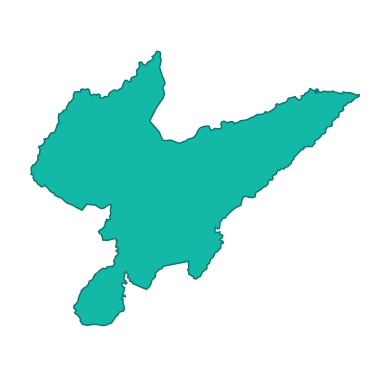 the district of São Sepé, Rio Grande do Sul, Brazil, rotated 3°
{"feature_id": "56859067B43674987148244", "entity_name": "São Sepé", "entity_type": "district", "adm_level": 2, "iso_a3": "BRA", "parent_name": "Brazil", "parent_adm1": "Rio Grande do Sul", "projection": "orthographic", "projection_center": [-53.605, -30.207], "detail": "fine", "context": "isolated", "style": "filled", "palette": "teal", "viewbox_px": 384, "rotation_deg": 3, "n_neighbors": 0, "source": "geoboundaries", "source_scale": "gbopen_adm2", "svg_char_len": 5930}
<svg xmlns="http://www.w3.org/2000/svg" viewBox="0 0 384 384"><g transform="rotate(3 192 192)"><path d="M286.7,161.4L287.8,159.7L289.2,158.8L290.2,155.8L292.0,153.5L292.2,152.1L298.7,144.5L301.5,143.0L301.6,141.4L304.6,140.6L309.6,140.3L310.6,138.6L311.8,137.6L312.2,136.4L311.9,134.5L315.9,131.8L318.0,129.2L318.6,127.6L321.1,126.8L322.3,125.1L322.3,123.0L323.8,120.0L328.2,118.8L328.5,117.1L327.9,115.5L329.1,113.3L330.9,112.1L331.6,110.4L332.9,110.2L334.4,109.3L334.9,104.6L338.0,103.3L339.2,101.7L338.1,100.4L338.9,98.3L340.6,97.7L342.9,94.9L346.0,93.9L350.7,89.2L352.4,88.8L353.9,87.6L353.9,86.0L350.8,86.7L349.4,85.9L345.5,84.7L341.7,84.5L340.0,84.9L338.5,84.2L337.3,84.4L336.7,86.3L334.4,85.5L333.1,85.7L330.6,84.8L329.3,84.9L328.3,84.2L326.9,83.9L324.6,85.0L323.0,84.5L320.3,84.8L318.8,84.4L317.3,84.7L316.3,86.0L312.8,85.0L312.8,83.5L311.9,82.7L310.4,83.0L309.8,84.5L307.2,84.2L306.1,83.2L304.5,82.5L303.1,85.4L301.6,86.8L300.3,87.2L299.2,88.5L298.9,89.8L296.1,90.4L296.5,91.8L296.1,93.7L293.9,94.5L292.9,94.1L289.8,91.3L287.2,92.4L283.1,93.5L282.8,95.1L281.8,96.6L280.1,97.9L278.1,98.4L274.8,100.1L272.0,99.5L271.1,100.8L271.3,102.4L270.2,104.2L265.5,107.7L262.8,108.7L261.1,107.9L259.9,109.7L258.5,110.6L255.7,111.1L253.1,111.1L248.8,114.2L246.8,114.7L244.9,116.1L241.8,117.4L236.6,118.3L234.7,120.1L233.4,120.1L230.6,121.6L230.0,120.3L229.0,119.7L226.3,119.8L224.0,121.2L220.7,119.7L218.8,120.0L217.7,120.9L217.3,123.0L218.2,124.9L217.7,126.8L216.4,127.4L211.1,127.4L210.0,128.7L208.1,129.4L206.8,128.2L205.7,125.4L202.1,125.5L198.4,126.8L197.1,127.4L196.0,128.5L194.2,131.2L193.6,133.8L191.4,136.8L189.0,138.4L185.2,139.5L183.0,141.7L181.6,141.7L178.1,143.6L175.8,143.9L168.5,141.3L161.8,142.1L159.9,141.6L156.0,133.7L146.0,123.4L152.3,109.1L158.0,100.2L159.1,96.6L159.3,94.9L158.5,93.1L158.4,91.5L157.4,90.4L157.5,88.9L159.4,84.8L157.1,79.1L156.2,78.0L155.2,74.3L154.4,73.0L153.1,69.4L154.2,63.2L154.1,61.1L153.1,59.2L153.4,55.9L152.9,54.1L150.3,53.3L149.2,53.6L148.4,55.0L148.2,56.6L145.1,58.9L146.4,60.3L145.7,61.6L143.4,63.4L142.1,63.8L140.1,66.0L139.4,67.5L138.0,67.9L136.6,67.3L135.5,65.6L134.0,64.8L132.2,65.8L133.2,69.8L130.2,73.4L130.8,75.2L130.7,78.3L129.7,79.4L125.8,80.8L124.9,82.6L125.0,84.8L123.9,85.5L121.0,83.9L119.3,84.1L117.7,87.6L116.8,91.3L112.6,94.5L110.7,94.6L109.2,94.1L108.1,94.5L107.3,95.5L106.2,95.7L103.9,98.1L103.3,100.6L102.5,101.5L100.9,101.1L99.4,101.5L98.7,102.6L97.1,102.9L95.4,102.6L95.0,99.7L93.7,99.2L92.2,99.3L91.8,100.5L89.2,99.5L87.6,99.9L86.5,101.0L85.1,100.0L84.2,95.8L83.4,94.8L82.1,94.6L79.7,95.4L76.9,94.9L75.5,95.7L76.0,97.5L69.6,98.2L68.5,101.0L68.7,104.7L67.0,106.8L66.6,108.2L64.8,108.7L62.3,114.2L62.3,115.9L60.3,117.2L59.1,117.3L58.5,119.0L57.6,120.1L55.0,121.1L54.7,125.2L55.6,130.9L54.2,131.1L52.1,138.8L50.5,140.1L48.3,140.4L46.1,143.6L45.8,145.4L43.3,146.6L41.7,146.6L41.6,148.0L42.4,149.7L41.5,151.1L40.2,153.0L37.7,154.0L36.4,155.1L38.4,157.9L37.6,159.7L38.0,162.3L36.6,163.0L36.1,164.5L36.6,165.9L35.9,169.0L33.0,173.4L31.7,173.3L30.1,176.3L30.8,181.3L30.3,182.9L32.7,183.2L32.9,184.6L32.6,186.3L34.0,188.8L36.2,189.9L37.7,192.2L39.5,193.2L40.4,194.3L41.5,194.7L43.5,194.1L44.9,192.9L48.5,196.4L49.6,198.0L52.9,200.2L54.4,200.4L55.0,202.3L59.1,204.1L61.7,204.7L67.3,209.3L75.2,212.0L76.4,213.0L83.2,215.9L87.7,209.5L92.6,210.1L95.9,210.0L102.0,213.3L104.3,212.9L105.9,212.1L109.5,209.0L112.0,208.8L111.5,213.2L112.0,218.9L111.0,220.2L111.9,223.4L110.9,224.1L109.2,223.7L107.9,224.0L108.5,225.5L107.2,226.2L106.9,229.5L105.4,232.6L101.3,235.5L100.8,236.8L102.0,238.2L103.2,238.8L104.3,240.4L105.6,244.7L110.6,244.6L117.3,242.5L118.9,243.0L118.9,244.4L120.0,244.9L119.1,246.6L119.3,249.0L118.5,250.3L119.3,251.3L121.2,252.0L121.4,253.5L119.4,254.3L119.7,255.6L121.0,255.8L121.9,256.6L121.2,258.3L118.8,260.6L119.0,262.1L117.7,263.9L117.4,265.7L118.6,267.1L116.7,270.6L114.9,270.4L113.7,271.1L112.4,270.8L110.8,271.6L110.0,273.3L106.8,272.8L105.6,274.1L104.2,274.9L101.3,278.1L99.7,279.0L97.8,282.9L97.4,284.8L94.6,286.0L93.9,287.0L93.2,290.0L91.1,292.3L88.3,294.1L88.1,295.3L86.5,296.2L86.7,297.5L85.2,300.6L84.1,304.8L84.0,306.5L82.0,310.0L80.5,311.0L79.9,312.6L80.1,314.1L82.9,316.5L81.2,318.3L81.7,319.6L83.8,320.6L86.5,323.4L87.2,324.9L87.1,326.6L88.8,329.0L90.0,329.9L94.6,330.7L98.6,329.6L102.9,329.2L110.5,330.0L113.2,329.5L115.4,328.1L118.5,327.0L122.2,320.9L124.8,318.1L125.2,316.0L130.0,314.3L130.5,312.7L130.3,311.3L130.0,309.3L128.8,306.2L128.6,302.4L127.3,302.7L127.2,301.1L128.3,300.0L130.9,300.1L130.4,298.7L127.9,298.4L129.6,293.4L129.7,290.9L127.9,290.5L126.6,287.6L127.8,286.1L130.5,287.4L131.7,286.3L130.2,284.0L129.1,283.6L128.4,280.1L129.4,278.1L128.7,276.4L130.1,275.0L132.8,278.3L132.0,280.6L133.8,281.4L134.7,284.4L136.5,284.6L137.7,286.6L151.6,291.6L154.6,288.6L156.0,285.3L156.4,282.2L159.7,278.7L160.1,274.5L163.8,270.7L165.4,270.4L167.5,267.5L192.4,261.3L192.2,264.0L192.9,268.4L191.7,269.7L193.0,272.5L193.2,274.2L196.4,275.9L197.9,276.2L197.9,277.8L200.4,278.7L201.6,278.1L202.4,276.8L204.6,276.0L206.9,271.0L210.3,268.4L211.0,267.2L210.5,264.3L213.3,262.1L213.3,260.7L214.6,257.6L216.4,256.1L217.5,254.1L217.5,252.3L220.4,250.1L223.7,246.2L223.4,242.3L225.7,241.7L225.6,239.7L222.9,239.0L223.0,237.4L224.3,236.3L224.9,235.2L224.9,233.6L221.7,232.5L222.0,230.5L217.6,231.3L216.7,229.4L217.3,226.1L219.9,227.5L221.0,227.1L221.5,225.3L221.5,220.4L222.6,219.4L224.1,216.4L225.3,216.5L226.9,215.9L227.4,214.4L229.5,211.9L233.1,208.2L235.4,206.1L241.4,202.6L242.1,198.3L243.7,194.1L246.8,193.4L249.2,194.5L251.1,194.1L252.7,194.6L255.2,193.4L255.6,192.1L255.4,190.6L255.8,189.2L261.0,185.7L262.4,183.8L263.6,183.0L264.9,182.9L267.5,180.0L267.5,177.7L268.3,176.3L271.9,175.5L272.0,173.3L271.4,172.0L272.5,170.8L274.6,170.3L275.7,168.4L276.0,166.3L278.4,165.8L280.4,163.8L282.7,164.3L283.2,163.0L286.7,161.4ZM309.8,84.5L311.0,84.9L311.8,86.0L311.0,87.1L309.8,86.4L309.8,84.5Z" fill="#14b8a6" stroke="#0f766e" stroke-width="1.5"/></g></svg>